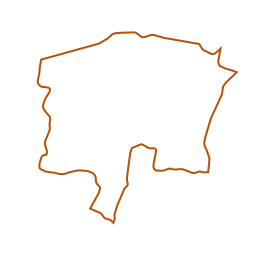 outline of Phra Nakhon Si Ayutthaya, rotated 190°
{"feature_id": "THA-412", "entity_name": "Phra Nakhon Si Ayutthaya", "entity_type": "Province", "adm_level": 1, "iso_a3": "THA", "parent_name": "Thailand", "parent_adm1": "", "projection": "albers", "projection_center": [100.547, 14.398], "detail": "fine", "context": "isolated", "style": "outline", "palette": "amber", "viewbox_px": 256, "rotation_deg": 190, "n_neighbors": 0, "source": "natural_earth", "source_scale": "10m", "svg_char_len": 2080}
<svg xmlns="http://www.w3.org/2000/svg" viewBox="0 0 256 256"><g transform="rotate(190 128 128)"><path d="M30.6,201.8L39.5,189.7L41.6,185.2L41.3,177.5L48.0,152.0L50.2,133.0L50.4,126.5L49.6,124.3L48.5,122.3L46.6,119.7L42.7,112.7L42.1,109.0L41.4,98.5L45.9,97.4L49.4,97.7L50.5,97.4L54.9,95.1L56.5,94.9L66.7,96.9L69.3,96.6L74.1,95.3L76.6,95.1L79.4,95.4L80.5,95.1L86.1,92.1L88.0,91.6L93.2,91.0L94.1,91.5L95.0,92.1L95.5,92.9L95.9,93.6L96.2,94.1L96.4,95.4L96.5,96.6L96.6,99.4L96.4,100.8L96.4,109.2L96.5,110.6L96.9,111.7L97.7,112.4L98.7,112.5L102.3,111.9L103.5,111.8L104.2,111.9L107.3,112.9L110.6,114.2L111.8,114.3L113.1,113.8L120.7,108.9L121.5,103.5L120.4,79.0L120.0,76.7L119.5,75.0L118.9,74.1L118.6,72.9L118.5,71.6L119.6,69.5L121.0,67.5L125.2,49.7L126.3,40.1L125.3,36.5L126.0,32.0L129.6,34.5L134.6,34.9L136.1,35.8L137.3,37.0L139.4,38.9L141.3,39.7L151.3,42.0L145.4,59.2L145.0,64.2L145.6,65.1L149.0,67.8L149.7,68.7L150.3,69.9L151.1,73.1L151.5,74.3L152.2,75.3L153.1,76.2L154.4,77.0L155.4,77.6L156.1,77.9L158.3,78.3L161.0,78.5L166.5,78.1L169.2,77.7L171.5,77.0L178.9,73.8L181.8,72.1L184.0,71.3L186.5,70.9L187.7,70.8L192.9,71.2L199.4,70.8L201.7,71.0L205.8,71.9L207.4,72.7L208.3,73.5L208.7,75.2L208.9,77.3L208.4,82.8L208.1,84.1L207.7,85.2L207.0,86.0L206.1,86.6L203.9,87.4L203.5,88.7L203.7,90.7L206.9,97.5L207.4,99.2L207.4,100.1L204.9,111.5L204.8,112.7L205.2,115.2L206.0,118.2L206.0,123.1L206.5,124.5L207.1,125.6L213.2,130.7L214.6,132.4L215.4,134.0L215.5,135.4L215.5,136.8L214.9,140.8L214.3,143.2L211.5,150.1L211.4,152.0L211.9,153.1L212.9,153.7L214.1,153.9L216.9,153.9L219.4,153.6L220.8,153.8L221.9,154.3L223.8,155.7L224.6,157.1L225.1,158.5L224.8,166.0L225.4,172.4L225.4,180.3L171.6,205.9L169.9,207.1L163.3,212.9L159.4,218.0L157.4,218.9L154.4,219.9L138.4,223.3L137.1,223.2L136.0,222.9L133.7,221.8L131.0,220.2L129.9,219.9L128.3,220.1L121.5,223.5L119.8,224.0L118.0,224.0L107.6,223.0L72.4,223.1L69.1,219.2L66.9,217.7L59.1,215.5L57.1,215.6L55.7,216.1L52.1,220.2L50.7,222.2L50.7,208.8L49.8,207.1L48.6,205.2L43.1,203.6L34.2,202.6L30.6,201.8Z" fill="none" stroke="#b45309" stroke-width="2"/></g></svg>